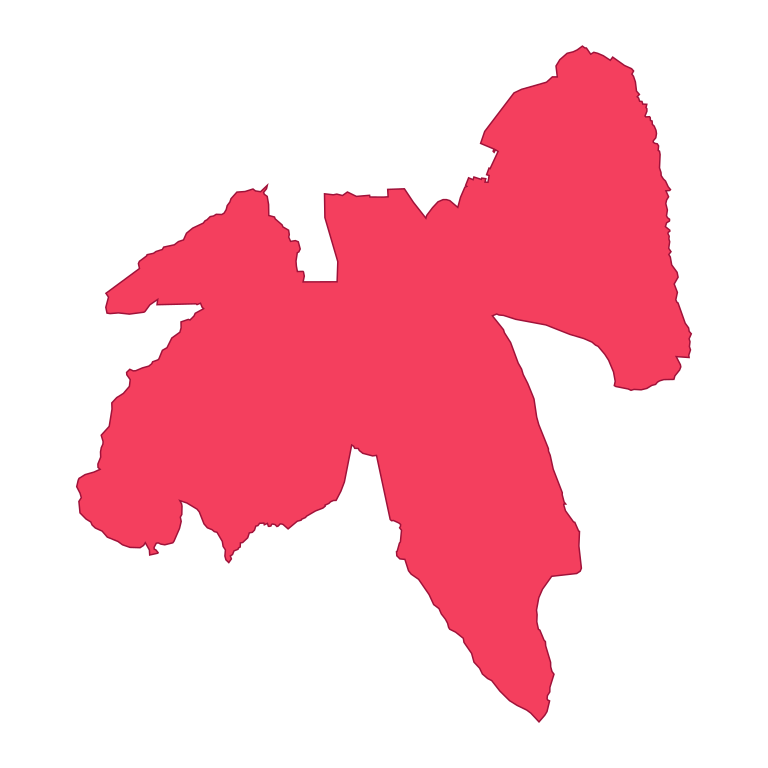 outline of Coyotepec, Puebla, Mexico
{"feature_id": "50627088B60726647230059", "entity_name": "Coyotepec", "entity_type": "district", "adm_level": 2, "iso_a3": "MEX", "parent_name": "Mexico", "parent_adm1": "Puebla", "projection": "orthographic", "projection_center": [-97.818, 18.396], "detail": "fine", "context": "isolated", "style": "filled", "palette": "rose", "viewbox_px": 768, "rotation_deg": 0, "n_neighbors": 0, "source": "geoboundaries", "source_scale": "gbopen_adm2", "svg_char_len": 6088}
<svg xmlns="http://www.w3.org/2000/svg" viewBox="0 0 768 768"><path d="M646.9,108.7L646.0,107.6L646.8,104.3L642.8,104.1L642.0,101.5L639.6,101.2L638.6,98.0L637.2,96.8L639.4,94.4L636.5,91.1L635.4,81.9L633.5,76.3L631.9,74.1L633.6,71.0L631.6,68.7L624.5,65.5L612.7,57.1L610.3,60.3L603.3,55.7L597.7,53.3L593.8,52.3L590.7,54.2L586.4,48.0L584.8,47.9L582.4,46.1L577.2,49.9L573.2,51.8L567.1,53.3L559.8,59.7L556.0,66.0L557.3,76.9L552.3,76.9L546.5,82.2L521.6,89.3L514.0,92.9L484.7,131.4L480.6,143.4L494.1,149.1L493.1,151.2L494.1,152.3L495.5,149.8L498.1,151.4L490.1,168.6L489.0,168.1L486.6,174.7L489.1,175.5L488.0,182.3L485.0,182.1L485.8,178.7L481.7,178.1L481.3,179.4L473.9,177.0L473.1,179.7L468.6,177.8L465.6,185.4L466.8,186.4L464.9,187.1L460.5,197.3L457.8,207.4L449.8,200.6L446.4,199.6L443.1,199.6L438.0,201.8L432.6,207.6L426.7,215.4L425.9,218.2L413.4,202.3L404.4,188.8L387.7,189.4L388.1,196.8L383.5,197.1L369.9,197.0L369.6,195.3L356.4,196.4L347.4,192.0L342.5,195.5L336.8,194.1L333.3,194.8L324.5,193.8L324.9,217.6L337.8,261.7L337.1,281.8L303.1,281.9L304.3,276.1L303.5,272.0L303.0,271.4L297.4,271.5L296.4,266.2L296.0,261.1L297.3,252.7L298.8,251.9L300.2,249.0L298.3,241.8L295.4,240.6L290.6,241.4L288.7,237.1L289.3,234.6L288.6,230.2L282.9,226.9L282.1,224.9L275.2,218.9L274.5,217.0L268.8,215.5L268.6,204.5L267.2,196.4L264.3,194.3L263.6,192.4L266.5,188.8L267.3,185.3L260.6,191.7L255.4,190.9L253.0,189.0L245.1,191.5L236.9,192.1L231.0,198.7L229.9,202.0L227.2,205.6L226.2,209.6L224.1,213.1L221.8,214.5L216.2,214.3L213.5,216.0L210.2,216.6L207.0,219.8L205.0,220.8L203.3,223.1L192.7,228.1L186.5,233.2L183.5,239.9L178.4,241.6L174.3,244.8L163.7,247.1L162.3,249.5L156.0,251.5L153.5,253.3L147.1,254.7L146.5,256.0L139.4,261.3L138.4,263.6L139.5,268.5L105.9,293.3L108.5,297.1L105.8,307.3L107.0,313.1L110.0,313.6L118.4,312.9L129.4,314.1L143.9,312.2L145.0,311.5L149.9,304.8L157.7,299.4L157.0,304.7L195.9,303.8L197.0,304.6L200.5,303.2L202.1,307.2L203.6,308.7L195.2,313.3L194.0,316.0L190.0,320.0L188.3,319.4L181.0,321.9L181.1,327.9L179.9,332.2L171.8,338.0L167.0,347.7L162.4,350.3L158.9,358.9L157.8,359.9L152.6,361.8L151.7,363.8L148.8,366.1L142.4,367.9L135.8,370.7L133.3,370.9L129.8,369.3L126.6,372.4L126.8,374.8L130.2,379.6L129.4,386.4L123.4,393.4L116.7,397.6L111.8,402.9L112.0,409.1L109.2,426.4L101.2,435.2L103.1,441.6L102.9,444.2L101.3,447.6L100.5,451.9L100.7,457.1L97.9,464.0L98.0,467.4L100.1,469.3L93.9,472.1L85.1,474.6L79.0,478.4L78.2,480.2L76.7,486.7L80.1,493.3L81.3,497.7L78.9,501.4L80.0,512.9L86.0,519.0L90.8,522.0L92.1,525.0L95.3,528.0L102.1,531.1L107.3,537.1L118.0,541.5L122.5,544.8L130.0,547.4L140.1,547.7L143.6,545.4L145.3,542.7L149.4,550.0L149.7,555.0L157.8,553.2L158.1,552.6L155.9,549.9L154.2,549.1L154.1,547.3L156.3,543.2L158.3,542.9L160.8,544.1L164.8,544.8L172.8,542.8L174.0,541.2L179.5,528.5L181.2,521.4L180.3,517.1L181.8,514.5L182.0,506.2L181.6,503.8L179.8,500.6L186.9,503.0L197.0,509.1L199.3,511.9L204.0,523.9L207.4,527.8L212.1,529.7L214.3,531.6L217.0,532.3L222.3,541.4L223.1,546.4L225.4,549.9L224.9,556.0L225.9,559.8L228.8,562.6L231.4,558.9L230.3,555.9L232.5,554.6L234.0,550.9L238.0,549.3L238.5,548.0L240.2,547.0L240.4,542.9L242.7,542.5L247.7,537.8L249.3,532.9L252.4,532.3L254.5,530.1L255.8,526.1L257.9,525.6L259.6,523.3L263.9,523.1L264.3,524.8L267.4,523.4L268.4,526.3L269.2,526.4L270.9,526.0L271.6,524.4L272.6,524.0L275.1,524.6L276.9,526.5L278.1,526.1L280.2,523.9L281.7,524.0L283.1,524.5L288.1,528.9L297.3,521.2L301.1,520.2L301.7,519.2L305.5,517.5L306.5,516.2L315.6,510.9L322.9,508.1L325.2,506.2L325.0,505.2L328.9,503.4L330.5,501.8L333.4,500.5L336.1,500.4L340.9,491.2L344.4,482.0L351.7,445.0L353.6,446.2L354.7,448.3L358.3,448.5L359.3,450.5L362.8,453.3L372.6,455.9L376.5,455.4L390.2,519.5L391.5,520.7L393.5,520.5L398.7,522.9L400.6,524.4L400.5,526.3L399.6,527.8L401.5,530.2L400.4,541.9L399.4,543.2L397.2,551.2L396.5,551.6L396.8,555.8L399.9,558.9L404.9,559.4L408.5,570.7L411.1,574.1L418.6,579.3L429.1,594.6L433.7,604.6L439.0,608.6L441.3,613.9L445.4,619.2L447.6,623.3L448.6,627.4L449.7,629.2L455.5,632.1L463.3,638.3L464.0,642.4L471.6,653.4L474.0,662.2L479.6,668.2L482.4,674.0L487.6,678.5L491.7,680.6L499.9,691.1L509.6,700.7L517.1,705.4L526.6,710.0L530.8,713.1L539.0,721.9L544.8,715.2L547.0,711.6L549.6,700.9L547.7,700.0L547.1,698.8L547.4,695.7L549.8,691.9L549.9,687.4L554.0,674.2L552.0,671.5L550.7,666.8L550.6,662.3L545.7,645.9L545.4,641.6L544.0,640.1L539.9,630.2L538.4,629.2L536.8,621.8L537.1,614.7L536.5,610.1L538.8,597.7L542.5,589.2L551.7,576.3L576.7,573.5L580.2,571.2L581.4,568.2L578.9,546.0L579.5,531.4L578.6,531.0L574.8,522.3L573.5,521.9L565.5,510.8L563.7,504.8L563.8,504.1L565.7,504.0L564.1,502.0L562.2,494.7L562.3,492.7L553.2,469.1L550.2,455.3L548.5,451.1L548.4,448.6L538.8,424.7L536.7,417.1L534.0,399.0L533.0,396.4L527.7,383.4L523.2,374.5L521.6,369.1L518.2,363.1L510.6,342.5L504.4,332.7L503.5,329.7L492.4,315.8L496.7,314.0L499.0,315.0L503.5,315.4L515.7,319.3L545.8,324.9L569.9,334.4L583.7,338.5L592.0,342.1L595.5,345.1L598.1,346.3L604.8,354.3L608.6,360.2L613.5,371.9L615.2,381.3L614.3,385.6L615.8,386.5L628.3,389.0L631.0,390.3L634.0,389.4L641.2,389.8L646.9,388.4L651.8,385.4L655.6,384.4L657.4,382.2L659.5,380.9L663.8,379.6L673.9,379.4L674.9,375.9L679.6,370.0L680.8,366.9L680.4,364.7L676.2,356.6L689.1,357.5L688.8,355.1L690.5,349.9L689.4,346.6L690.0,341.7L689.1,338.8L691.3,333.8L689.2,331.4L688.6,327.9L685.2,323.2L678.0,302.9L677.0,302.4L675.8,299.8L677.4,292.4L674.2,284.0L678.1,277.2L677.1,272.3L671.7,264.9L670.3,257.0L668.8,254.5L671.0,251.7L668.7,248.3L669.7,241.7L668.9,238.9L669.2,236.2L667.9,233.5L668.3,232.2L669.8,231.3L669.8,230.2L665.4,226.6L666.6,222.8L669.4,221.1L669.6,220.1L669.5,219.2L667.5,217.7L666.5,215.8L667.4,210.0L665.8,203.6L666.6,200.0L668.6,196.8L665.9,190.8L669.7,190.5L670.5,189.6L668.2,186.8L665.5,181.0L663.4,179.0L661.2,175.6L661.0,172.5L659.5,167.9L660.1,154.5L659.5,151.2L658.2,150.4L658.6,145.9L657.3,143.8L654.7,143.3L653.2,142.1L653.3,140.8L655.8,137.8L656.5,133.6L656.0,130.3L654.2,126.1L652.4,124.4L652.1,121.0L650.5,120.5L650.2,117.5L649.5,116.7L645.8,116.9L645.0,116.0L646.9,111.3L646.9,108.7Z" fill="#f43f5e" stroke="#9f1239" stroke-width="1.5"/></svg>